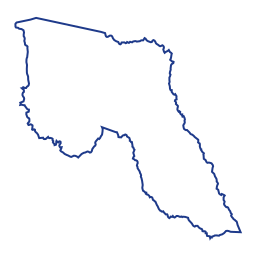 the district of Anastácio, Mato Grosso do Sul, Brazil
{"feature_id": "56859067B42478140568783", "entity_name": "Anastácio", "entity_type": "district", "adm_level": 2, "iso_a3": "BRA", "parent_name": "Brazil", "parent_adm1": "Mato Grosso do Sul", "projection": "equal_earth", "projection_center": [-55.73, -20.736], "detail": "fine", "context": "isolated", "style": "outline", "palette": "blue", "viewbox_px": 256, "rotation_deg": 0, "n_neighbors": 0, "source": "geoboundaries", "source_scale": "gbopen_adm2", "svg_char_len": 5817}
<svg xmlns="http://www.w3.org/2000/svg" viewBox="0 0 256 256"><path d="M168.8,50.0L167.8,50.9L165.6,52.0L164.7,52.8L164.0,51.7L163.3,49.4L163.9,47.9L163.8,46.8L163.4,46.1L162.5,45.3L161.6,45.6L160.8,46.1L160.1,46.2L159.3,45.8L158.2,44.9L156.6,43.9L155.9,43.2L155.4,41.9L154.5,40.6L153.4,40.1L152.6,40.6L151.8,42.0L150.7,42.2L148.0,41.2L146.9,40.5L146.2,39.7L145.6,38.7L144.6,38.1L143.2,40.3L141.3,40.3L139.8,41.2L136.8,41.6L135.9,41.2L135.2,41.1L133.1,41.5L132.2,42.3L131.0,42.1L130.1,41.8L128.9,42.9L127.1,42.0L126.5,42.9L125.7,43.2L124.4,42.4L121.6,42.5L121.1,43.7L120.4,44.3L119.5,44.1L118.8,43.2L118.3,42.0L116.3,41.3L114.2,40.0L112.9,38.2L112.4,36.9L111.9,36.1L111.1,35.6L109.9,35.6L107.7,36.9L106.7,36.9L106.0,36.3L105.6,35.3L105.1,33.1L101.0,31.9L36.1,17.9L30.5,19.6L16.6,22.5L16.0,23.1L15.4,24.0L15.5,26.7L16.0,27.5L18.1,27.8L19.1,28.7L21.6,29.1L23.5,30.3L24.0,32.5L23.7,34.4L23.7,36.2L24.4,37.3L24.7,38.3L24.6,39.7L24.3,40.9L24.9,42.9L25.0,44.3L25.5,45.2L26.6,45.6L27.5,46.5L27.4,48.2L27.8,51.9L27.3,56.0L27.2,57.2L26.8,58.0L26.5,59.4L26.4,62.1L27.0,65.0L26.8,68.9L26.9,72.7L27.1,73.8L28.1,76.5L28.2,79.8L29.0,83.6L28.6,85.3L27.9,86.1L26.9,86.7L26.1,88.0L25.3,88.0L24.4,87.8L23.2,87.2L22.6,88.0L21.8,88.2L22.8,89.1L23.6,89.5L23.9,90.6L23.9,91.9L23.0,92.6L22.5,94.0L22.5,95.2L23.1,96.5L23.9,97.5L24.2,98.9L23.5,101.4L20.3,102.7L20.7,103.6L20.3,104.9L21.3,104.7L22.2,104.8L23.6,105.2L24.6,105.2L25.1,106.2L27.1,108.9L28.0,109.5L28.9,109.6L28.9,110.7L28.7,111.7L26.4,112.6L26.3,114.3L27.2,116.9L27.9,117.7L28.7,118.0L29.3,118.8L29.4,120.1L29.3,121.6L28.3,122.6L27.7,123.5L28.5,125.0L29.6,124.8L30.2,124.3L31.3,124.5L32.5,125.4L32.5,126.5L32.1,129.5L32.9,129.9L34.0,129.3L34.9,129.7L35.1,131.3L35.8,132.2L36.8,133.0L38.0,134.6L39.2,138.1L43.1,137.7L43.7,138.9L44.7,139.1L45.7,139.0L48.1,136.9L48.6,137.8L49.4,138.1L50.2,137.9L51.9,138.3L52.7,139.0L52.5,140.1L53.3,141.1L52.9,142.1L53.7,143.4L54.5,144.1L54.6,145.1L55.9,144.7L56.3,143.2L56.2,141.9L56.5,140.9L57.3,141.8L58.4,142.4L59.0,141.5L59.7,141.3L60.5,141.7L60.7,143.1L59.3,145.3L59.5,146.4L60.1,147.4L61.6,147.2L61.3,148.4L60.3,150.4L61.0,151.3L63.1,152.5L64.6,153.9L66.8,155.0L67.7,155.3L70.4,156.7L71.3,156.9L73.9,155.7L75.6,155.9L77.6,156.9L78.2,157.5L81.6,154.0L83.8,152.8L85.3,152.5L86.9,151.7L87.7,151.5L88.7,151.8L89.9,152.6L90.9,152.3L91.7,151.3L92.4,148.9L94.2,146.4L95.3,145.6L95.7,144.3L95.2,142.9L95.6,141.6L98.2,138.5L99.2,139.0L100.2,137.8L100.8,136.4L101.7,135.2L102.1,134.4L102.5,131.7L102.7,128.9L102.0,127.2L115.6,132.1L116.9,132.2L117.9,134.4L118.3,135.7L118.4,137.0L119.2,137.3L120.0,137.2L121.1,137.4L122.7,135.6L123.6,135.2L124.5,135.2L125.2,134.5L126.1,134.8L126.7,135.3L127.0,136.5L129.3,137.9L129.9,139.6L129.8,140.8L130.5,141.2L131.1,142.1L131.9,142.1L132.5,145.6L132.4,146.7L133.4,147.5L133.6,148.6L134.5,149.7L133.3,152.8L134.3,156.1L133.3,157.3L132.9,158.6L134.3,159.4L135.1,160.2L136.1,160.3L137.1,160.9L137.6,161.9L137.7,163.2L137.2,164.2L136.9,165.7L137.5,166.8L137.6,168.2L139.7,171.5L140.0,172.9L140.5,173.7L141.1,175.3L140.8,176.7L141.4,177.9L142.1,180.8L142.7,185.0L142.3,187.9L142.7,189.6L143.1,190.8L144.2,191.4L145.0,192.3L146.2,192.6L145.8,193.7L146.6,194.4L147.5,194.4L149.3,195.9L149.8,197.3L150.5,197.0L151.2,197.0L152.2,197.5L152.6,198.5L152.9,199.8L153.9,200.4L154.7,201.3L155.4,201.6L156.9,205.1L157.7,206.3L158.8,208.9L160.1,210.6L160.8,210.8L161.4,211.4L162.1,211.7L163.2,211.3L164.1,212.6L165.8,214.4L167.1,214.3L167.6,215.1L167.8,216.3L168.3,217.3L169.3,218.1L170.2,217.4L170.7,216.6L172.0,216.9L172.8,216.0L173.6,217.1L174.7,217.5L176.6,216.0L177.8,216.0L180.1,216.9L181.3,216.5L182.2,217.1L182.9,216.7L185.2,216.9L188.1,217.8L188.5,219.6L189.1,220.5L191.9,223.5L192.6,224.8L193.5,226.0L194.8,226.6L195.6,225.9L197.6,225.9L199.0,227.6L200.6,228.7L201.7,228.9L202.3,229.9L202.4,231.0L203.2,231.4L204.0,231.2L204.9,231.3L205.6,231.7L205.6,233.2L206.8,233.3L206.8,234.7L207.1,235.9L209.8,236.3L210.2,238.1L210.8,237.1L211.8,237.5L212.2,236.5L213.5,236.2L214.7,235.5L216.3,235.4L219.0,235.7L219.9,235.0L222.3,234.3L224.2,233.0L226.0,231.0L227.2,230.8L228.5,231.0L230.7,231.8L240.6,232.2L237.6,225.0L236.9,222.2L236.5,221.4L235.5,220.7L234.7,219.8L233.6,219.2L233.0,218.2L232.1,217.3L231.1,215.7L231.8,214.2L230.7,212.9L230.2,211.2L229.0,209.7L228.1,207.6L227.3,207.1L226.4,207.2L225.8,206.7L224.4,205.0L224.0,203.9L224.4,202.5L224.6,201.5L223.6,200.0L223.6,197.3L224.7,195.5L224.0,195.0L221.8,194.0L221.2,195.0L220.1,194.4L219.1,193.5L218.2,189.8L217.3,189.1L216.6,188.7L216.9,186.6L217.3,185.2L218.0,183.8L217.5,182.5L216.7,181.6L216.7,180.2L216.4,178.7L215.0,176.4L214.2,173.9L212.0,171.8L212.6,167.7L213.1,166.3L212.8,165.1L211.5,163.3L209.6,162.7L208.5,162.6L207.4,162.8L206.6,162.2L205.4,159.8L204.7,159.5L203.8,158.8L203.6,155.5L203.4,154.5L203.9,153.3L202.2,151.8L201.8,151.0L201.2,150.3L201.3,149.3L200.5,148.8L199.8,146.4L199.9,145.0L199.7,143.5L198.8,143.0L198.1,142.4L198.3,141.2L198.2,139.7L194.6,136.9L193.9,136.0L192.2,134.6L191.3,134.4L190.4,133.8L189.6,132.6L187.0,130.0L186.0,130.1L185.1,129.7L184.0,128.8L183.6,127.4L183.3,125.5L183.7,124.4L184.4,123.6L184.8,122.2L184.5,120.8L184.9,119.5L184.5,117.9L183.6,116.1L182.5,116.6L182.2,115.7L182.2,114.5L181.4,114.7L180.5,113.9L180.0,112.8L180.2,111.9L179.4,111.2L178.7,111.7L177.9,110.6L177.4,109.6L177.5,108.1L177.9,106.8L177.8,105.8L175.9,104.0L176.1,102.8L175.7,101.8L174.9,101.0L175.3,99.9L176.6,99.4L176.4,97.8L176.5,96.2L175.2,94.1L174.4,94.7L173.5,94.3L171.7,91.9L171.7,90.1L170.6,90.1L170.0,88.8L169.8,86.2L169.0,83.5L169.4,82.7L169.6,81.6L169.4,80.1L169.4,77.5L170.0,76.3L170.5,74.6L169.8,73.7L169.9,72.2L170.7,69.7L170.6,68.5L171.0,65.2L171.7,64.1L173.3,63.1L173.6,61.9L172.9,61.5L172.0,61.4L170.2,59.8L170.8,58.5L171.1,57.2L171.5,54.5L171.8,53.6L171.2,52.9L169.9,52.0L168.8,50.0Z" fill="none" stroke="#1e3a8a" stroke-width="2"/></svg>